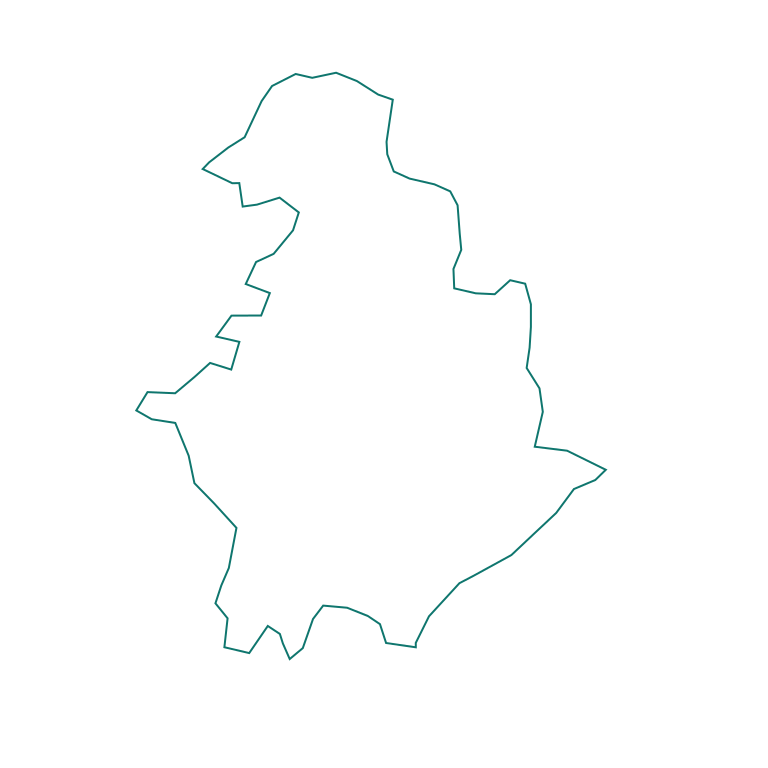 Anseong-si, Gyeonggi, South Korea, rotated 283°
{"feature_id": "91817680B64740203795166", "entity_name": "Anseong-si", "entity_type": "district", "adm_level": 2, "iso_a3": "KOR", "parent_name": "South Korea", "parent_adm1": "Gyeonggi", "projection": "albers", "projection_center": [127.32, 37.016], "detail": "fine", "context": "isolated", "style": "outline", "palette": "teal", "viewbox_px": 768, "rotation_deg": 283, "n_neighbors": 0, "source": "geoboundaries", "source_scale": "gbopen_adm2", "svg_char_len": 1255}
<svg xmlns="http://www.w3.org/2000/svg" viewBox="0 0 768 768"><g transform="rotate(283 384 384)"><path d="M552.7,159.0L545.5,191.0L547.2,197.8L525.1,206.4L530.2,219.9L542.1,240.3L532.0,262.4L513.3,260.8L486.0,247.2L474.1,231.9L450.3,226.8L446.9,252.3L423.1,248.9L416.3,220.0L392.5,209.8L392.5,233.6L363.7,231.9L365.4,209.8L348.4,197.9L328.0,182.6L322.9,155.4L302.5,148.6L297.4,165.6L299.1,189.4L270.2,209.8L244.7,221.6L229.4,245.4L210.6,272.6L169.8,274.2L151.1,270.8L132.4,269.1L120.5,284.3L91.6,287.7L91.5,313.2L122.1,325.2L117.0,338.8L108.5,343.8L94.8,354.0L108.4,364.3L139.1,367.7L154.4,374.6L157.7,398.4L154.3,420.5L149.1,434.1L132.1,444.3L134.6,474.2L138.9,473.2L167.8,480.1L206.9,502.3L217.1,514.2L246.0,546.6L271.6,563.7L297.1,580.8L324.4,592.7L338.0,611.5L350.3,619.4L360.2,577.4L356.8,545.0L392.6,545.0L414.7,536.5L431.7,519.4L452.2,517.7L472.6,514.3L494.7,509.2L513.5,499.0L513.5,483.6L496.4,471.7L493.0,453.0L493.0,430.9L511.7,425.8L532.1,429.1L547.4,424.0L574.7,415.5L586.6,405.2L589.9,388.2L589.9,362.7L593.3,345.7L608.6,335.5L620.5,332.0L663.0,328.6L664.7,313.2L673.1,289.4L676.5,267.3L666.2,245.2L666.2,228.2L649.2,207.9L632.1,201.1L593.1,192.7L579.4,179.1L560.7,163.8L552.7,159.0Z" fill="none" stroke="#0f766e" stroke-width="2"/></g></svg>